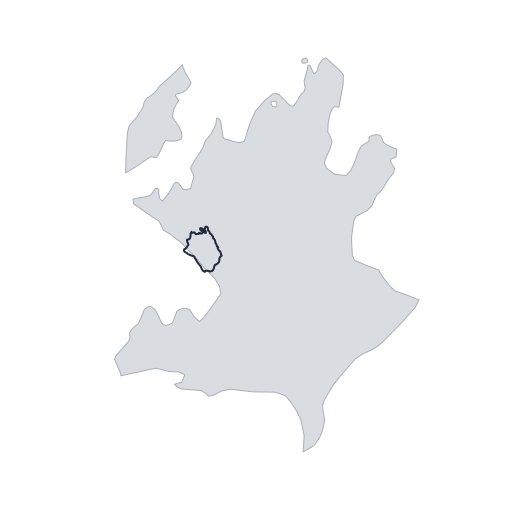 Fuzuli District, Füzuli, Azerbaijan (highlighted), rotated 80°
{"feature_id": "54616110B29637726057754", "entity_name": "Fuzuli District", "entity_type": "district", "adm_level": 2, "iso_a3": "AZE", "parent_name": "Azerbaijan", "parent_adm1": "Füzuli", "projection": "natural_earth1", "projection_center": [47.279, 39.566], "detail": "fine", "context": "in_parent", "style": "outline", "palette": "slate", "viewbox_px": 512, "rotation_deg": 80, "n_neighbors": 0, "source": "geoboundaries", "source_scale": "gbopen_adm2", "svg_char_len": 4885}
<svg xmlns="http://www.w3.org/2000/svg" viewBox="0 0 512 512"><g transform="rotate(80 256 256)"><path d="M350.5,409.8L348.5,409.6L333.7,413.1L330.6,412.0L317.8,396.2L315.2,394.4L309.7,393.7L306.5,391.1L303.9,386.9L302.4,383.7L289.3,375.2L287.4,372.0L287.1,369.3L289.0,366.8L291.2,364.7L297.6,362.6L305.0,360.8L307.4,359.4L308.6,357.2L308.6,353.5L307.3,349.9L296.6,343.4L295.4,340.6L295.1,337.1L295.7,333.5L297.3,330.7L306.0,326.9L310.7,322.9L307.8,318.5L298.3,308.3L287.1,297.2L279.7,297.1L271.1,300.4L257.4,309.9L249.8,313.9L239.8,320.7L229.0,328.1L220.2,336.1L214.6,342.6L204.8,345.5L199.8,351.0L183.3,367.5L178.6,367.3L178.4,359.1L178.6,352.6L177.6,348.9L172.3,343.7L172.2,341.5L173.7,340.2L177.7,341.0L183.0,340.7L185.5,338.7L179.9,331.9L174.9,327.4L170.7,324.4L169.7,322.6L169.7,321.3L170.6,319.8L177.9,316.0L178.6,312.6L178.1,308.8L166.7,303.2L158.0,305.3L150.4,299.0L145.4,294.1L139.3,288.9L133.8,286.0L128.5,279.5L119.3,272.7L113.5,270.8L113.6,269.8L114.6,268.5L117.1,267.5L133.5,267.8L135.5,266.5L136.5,263.6L138.8,259.4L141.4,253.1L141.2,247.7L124.8,239.2L113.0,231.3L104.8,220.9L99.2,211.4L99.5,208.2L101.1,205.2L113.9,196.4L114.8,194.2L114.5,192.6L110.0,188.1L104.3,183.5L102.5,180.2L98.9,178.4L92.1,178.3L80.2,172.6L77.7,172.1L77.1,171.0L77.7,169.8L86.2,167.5L86.1,165.6L83.6,163.1L78.8,161.3L74.4,156.8L72.9,152.7L88.4,140.9L92.9,138.5L103.0,140.7L123.9,148.6L122.5,152.9L124.6,155.4L129.4,158.7L138.6,162.1L146.4,163.8L150.3,162.4L156.4,161.1L164.2,165.0L171.3,170.0L174.9,172.0L176.8,172.6L182.3,170.9L188.9,164.5L191.5,156.8L192.2,153.1L188.4,148.0L180.6,142.5L171.7,137.6L166.1,133.3L162.5,124.8L158.8,123.9L157.9,122.8L157.3,119.9L157.5,115.9L158.8,112.7L162.3,111.4L166.0,110.9L169.2,108.0L173.3,102.1L175.1,98.9L182.7,100.8L183.8,106.0L185.1,107.1L188.3,106.5L193.6,104.3L197.8,105.9L203.2,112.1L210.7,118.7L214.8,123.1L216.4,126.1L220.2,129.1L225.8,132.5L230.3,138.0L234.3,150.6L238.3,153.5L252.8,158.3L257.9,159.3L272.1,161.0L277.2,159.8L284.5,148.9L291.0,137.7L297.2,135.4L308.3,129.9L314.9,124.8L317.7,119.3L323.9,108.9L327.7,103.1L334.3,108.3L345.7,122.4L362.1,145.3L366.1,151.8L368.8,159.3L371.1,168.4L374.8,176.5L391.5,196.9L398.6,204.4L410.3,214.1L414.5,216.3L419.9,216.9L429.9,216.9L439.1,220.7L443.7,223.4L448.4,227.2L452.7,231.7L457.1,243.6L441.0,239.7L424.9,240.3L415.9,242.9L407.1,246.4L398.7,251.3L393.4,260.9L389.1,283.2L382.8,304.0L383.0,313.7L386.0,323.0L385.7,327.4L382.7,329.2L379.0,333.2L374.1,352.3L371.6,356.1L368.5,358.5L367.6,356.2L367.7,351.2L360.6,346.8L356.9,351.8L354.4,362.3L349.3,373.4L349.1,375.5L350.5,409.8ZM111.8,213.4L112.6,210.4L110.6,209.1L108.4,209.0L106.6,210.5L106.6,214.2L109.1,214.9L111.8,213.4ZM58.4,300.2L56.0,297.2L54.9,295.5L62.1,294.1L73.9,289.9L77.1,291.9L80.6,296.1L82.3,299.7L82.5,306.4L83.9,307.4L89.7,305.2L92.3,307.9L96.7,311.1L104.4,314.3L115.5,309.3L121.0,308.0L125.5,308.1L128.0,309.7L128.8,314.9L127.9,321.3L126.6,324.7L128.9,327.3L138.0,333.4L141.7,336.9L139.9,342.8L146.6,357.3L148.8,362.9L151.5,369.9L137.6,367.2L112.6,361.3L105.7,358.3L99.3,350.2L95.4,346.3L89.7,341.3L85.0,339.4L81.5,335.9L79.5,330.8L76.5,326.1L71.4,320.7L59.9,302.2L58.4,300.2ZM74.3,176.4L72.7,177.5L70.4,176.4L69.7,174.1L69.9,171.8L72.2,171.2L74.1,171.9L74.6,174.0L74.3,176.4Z" fill="#d9dde1" stroke="#a8b0b8" stroke-width="1"/><path d="M240.5,292.0L240.0,292.2L239.3,292.9L237.4,293.0L236.7,293.5L236.0,293.6L234.9,293.6L233.9,293.7L233.1,293.8L232.0,294.3L231.4,294.9L230.5,295.2L229.6,295.0L229.1,295.1L228.4,295.7L227.1,296.1L226.4,296.8L225.8,297.4L224.7,297.5L223.5,297.9L222.6,298.7L219.6,298.6L218.6,299.5L218.5,300.7L219.5,301.3L220.4,301.7L221.3,301.9L222.3,301.8L222.8,301.2L223.6,301.2L224.5,301.5L224.3,302.1L224.1,302.5L223.4,302.8L222.7,303.2L221.2,303.3L220.1,303.8L219.3,304.6L219.0,305.5L219.0,306.0L219.7,306.4L220.1,306.4L221.0,306.0L221.6,305.5L221.7,305.1L222.7,304.4L223.7,304.5L224.4,305.3L224.4,305.8L224.3,306.6L224.1,307.0L223.5,307.4L223.4,308.1L223.8,308.5L224.3,308.9L224.1,309.6L224.1,310.4L224.0,311.4L223.4,312.0L222.4,312.3L221.9,313.0L222.1,314.9L221.3,315.4L222.5,316.5L224.2,316.9L225.2,317.1L226.4,317.5L227.3,318.2L227.9,319.0L228.0,320.1L227.9,321.0L229.1,321.3L230.6,321.2L232.1,320.7L233.1,320.6L234.0,321.5L234.9,322.2L235.5,322.9L236.6,324.2L236.9,325.4L237.5,325.9L238.1,325.9L238.9,325.9L240.2,324.7L240.9,323.7L242.1,322.8L243.2,321.2L244.0,320.2L245.2,317.7L246.0,316.9L247.6,316.6L249.2,315.7L250.8,315.3L252.2,314.6L253.3,314.1L254.7,313.3L256.3,312.4L259.1,311.7L261.0,311.0L262.1,309.9L262.6,309.3L262.1,309.1L261.9,307.2L262.4,305.5L263.3,304.0L263.2,301.8L262.1,300.5L260.5,299.5L259.0,298.9L257.5,297.8L257.5,296.8L256.6,295.0L255.5,293.6L254.2,292.9L251.9,292.5L250.5,291.2L249.7,289.8L248.5,290.1L247.0,290.3L245.9,290.3L245.1,290.7L244.2,291.5L243.3,291.9L242.6,292.2L241.5,292.4L240.7,292.3L240.5,292.1L240.5,292.0Z" fill="none" stroke="#1e293b" stroke-width="2"/></g></svg>